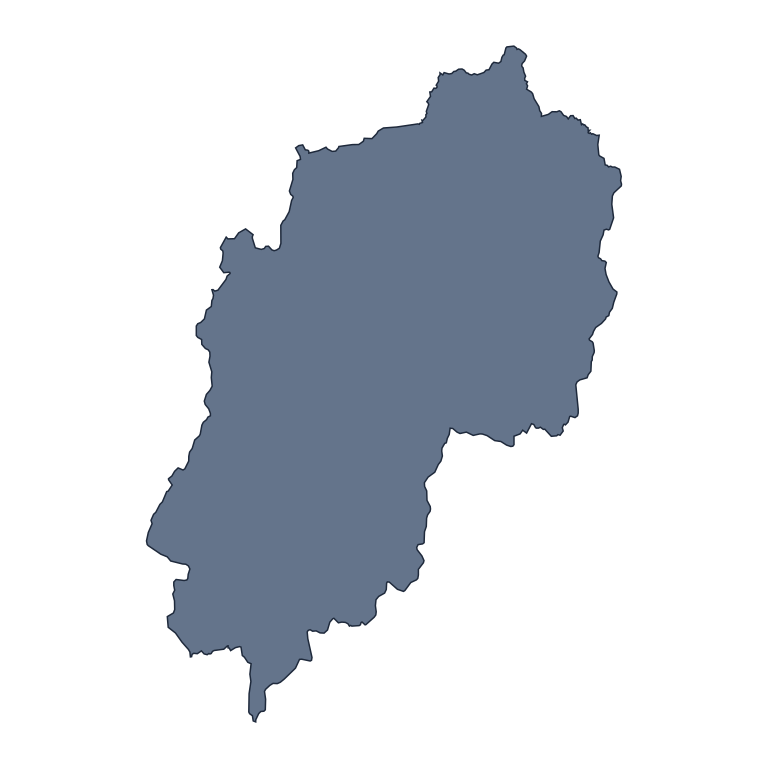 the district of Sa Thay, Kon Tum, Vietnam
{"feature_id": "81297802B78907971348627", "entity_name": "Sa Thay", "entity_type": "district", "adm_level": 2, "iso_a3": "VNM", "parent_name": "Vietnam", "parent_adm1": "Kon Tum", "projection": "robinson", "projection_center": [107.651, 14.266], "detail": "fine", "context": "isolated", "style": "filled", "palette": "slate", "viewbox_px": 768, "rotation_deg": 0, "n_neighbors": 0, "source": "geoboundaries", "source_scale": "gbopen_adm2", "svg_char_len": 6070}
<svg xmlns="http://www.w3.org/2000/svg" viewBox="0 0 768 768"><path d="M588.2,374.7L590.9,371.2L591.3,361.6L592.2,360.1L592.3,356.6L594.1,352.6L594.3,350.7L593.1,343.1L592.3,341.8L589.5,340.1L589.1,338.9L592.5,334.5L593.5,331.4L595.7,327.5L601.5,323.4L605.6,318.9L606.1,317.1L608.8,315.6L609.5,312.2L612.3,308.4L613.8,302.2L616.8,294.0L616.9,292.0L613.0,289.0L609.0,282.0L606.1,274.5L605.0,268.4L606.3,262.5L604.9,261.1L601.8,260.6L600.6,258.8L598.5,257.7L597.9,256.2L599.1,252.6L600.3,241.1L603.1,234.9L604.0,230.1L606.4,229.2L608.6,229.9L609.7,229.3L613.6,217.8L611.8,204.3L612.4,196.0L613.9,192.8L621.3,185.9L621.5,184.1L620.6,180.7L621.2,176.4L619.5,169.3L614.8,167.0L612.4,167.1L610.7,166.2L608.5,166.9L607.3,165.4L605.2,164.9L604.0,158.4L599.7,156.0L598.8,154.8L597.8,144.5L599.2,135.2L596.6,135.5L592.8,133.7L591.7,134.2L590.2,132.7L589.3,133.4L588.3,132.9L588.1,132.1L589.7,130.3L588.2,130.4L588.0,127.7L586.5,127.0L584.7,124.8L583.7,124.9L582.7,123.9L581.5,124.7L580.3,119.7L578.1,120.1L576.1,118.1L574.8,118.5L573.1,115.6L570.6,115.7L568.2,118.9L566.5,116.5L563.6,115.4L561.0,111.7L559.3,110.8L556.8,111.8L552.1,111.7L548.3,114.4L541.4,116.4L541.5,113.4L539.7,110.6L538.9,106.6L534.1,98.7L532.7,93.8L531.4,92.1L526.6,89.2L527.6,85.8L526.4,83.8L527.5,81.8L524.8,80.4L524.7,78.1L525.6,76.2L523.9,72.2L523.1,67.9L521.9,66.5L521.7,65.3L522.2,63.5L524.6,60.9L526.6,56.1L525.5,54.2L519.9,49.6L518.4,48.9L517.0,49.4L516.6,48.1L513.9,46.1L506.9,46.9L505.9,48.0L504.2,54.7L503.2,55.1L501.9,57.3L500.9,61.5L498.6,63.2L493.8,62.3L492.0,64.0L489.0,69.7L486.1,70.1L483.9,72.5L477.3,74.8L474.2,73.7L471.7,75.0L469.2,74.3L467.9,73.1L466.3,72.9L464.2,70.2L462.1,69.0L458.6,69.2L455.7,71.2L453.8,71.5L451.8,73.5L449.0,74.0L444.1,72.6L442.8,74.9L440.0,72.9L440.1,74.6L438.2,77.5L438.6,81.2L436.2,85.2L437.1,86.1L436.9,87.5L435.7,88.4L434.0,88.1L431.7,91.8L429.8,92.0L430.5,96.4L426.8,101.7L428.1,103.0L428.7,104.6L426.3,111.4L426.9,113.5L425.9,114.6L425.9,117.0L422.8,120.5L421.9,120.2L422.5,122.5L419.7,123.4L419.3,124.3L417.9,123.9L396.8,127.0L383.4,128.0L378.2,131.1L376.7,133.7L372.0,138.6L364.2,138.3L363.4,141.2L358.8,144.5L352.4,144.6L338.9,146.5L338.4,147.9L335.7,151.1L332.1,151.4L327.5,149.0L326.0,147.2L318.7,150.7L308.8,153.1L308.8,151.1L307.8,150.2L305.3,149.8L302.7,144.9L298.8,145.6L295.6,147.9L300.1,156.4L300.5,159.4L297.1,160.7L296.7,167.6L294.4,169.7L292.7,173.3L292.9,179.4L289.4,191.0L290.7,194.4L292.8,196.1L293.2,197.4L291.6,200.5L289.2,211.6L284.8,219.7L283.1,221.0L280.8,225.3L280.9,243.4L279.4,248.2L276.4,250.1L274.1,250.7L271.9,249.9L268.5,246.2L265.7,246.4L264.3,248.5L261.3,249.4L255.3,247.8L252.4,238.4L252.3,236.8L253.1,234.7L245.6,228.9L238.7,232.8L234.5,238.7L227.9,238.9L226.2,237.1L220.4,247.6L220.7,249.1L222.8,250.9L223.1,253.2L222.4,260.7L219.7,267.2L223.8,272.7L229.0,272.2L229.9,272.5L230.1,273.5L227.1,276.1L226.0,279.4L217.9,290.2L214.8,291.1L213.0,289.6L211.9,289.7L213.5,295.2L213.0,298.5L211.9,300.5L211.3,306.5L206.4,310.1L204.4,318.9L200.7,322.5L197.8,323.7L196.3,326.0L196.3,335.5L197.8,337.4L201.6,339.5L201.8,344.4L205.4,348.5L208.2,349.8L209.8,352.1L210.0,356.1L208.9,362.2L211.8,371.8L211.3,377.6L212.2,386.2L209.9,390.4L206.4,394.4L204.3,401.1L205.2,404.5L208.7,408.8L210.4,413.4L210.4,415.8L207.9,417.1L206.6,419.6L203.3,422.3L201.9,425.1L200.2,434.3L199.2,436.0L194.7,440.0L192.2,448.5L189.6,452.1L188.8,456.3L188.7,461.1L184.8,468.9L183.0,470.0L178.1,467.9L174.6,471.3L171.9,476.0L168.5,478.7L168.6,479.8L172.2,485.0L168.2,491.1L166.7,491.6L162.4,501.9L159.9,504.4L155.8,512.3L153.6,514.3L151.0,520.3L152.1,523.7L148.3,532.5L146.5,540.9L147.2,544.5L148.3,545.7L160.8,554.2L167.2,556.8L170.7,561.0L182.7,564.0L185.8,564.2L188.4,565.9L189.9,569.0L188.2,574.3L187.8,578.5L186.8,580.0L184.1,580.5L176.1,579.5L173.8,582.0L173.8,585.6L174.7,590.2L172.8,594.0L174.5,600.8L174.7,609.6L173.4,613.0L167.3,616.6L168.2,627.3L175.5,633.0L182.1,642.3L188.4,649.4L189.9,652.0L190.4,656.9L191.6,656.7L192.1,654.3L193.8,653.3L197.3,653.7L201.4,650.9L204.1,653.9L207.2,654.7L208.9,653.5L209.9,654.0L211.2,653.5L212.5,651.4L214.1,650.5L223.8,649.2L227.4,645.9L228.2,645.9L228.0,647.8L229.3,648.2L230.6,650.6L235.5,647.6L239.6,646.6L241.0,647.1L242.3,655.5L244.4,657.2L247.8,662.3L251.1,663.7L249.9,674.2L250.9,681.4L249.1,693.7L248.8,712.0L249.6,713.7L252.4,715.7L253.2,720.9L255.7,721.9L255.8,719.7L258.7,713.6L260.8,711.5L263.9,711.2L265.3,709.8L265.6,699.2L264.5,691.4L265.6,689.3L269.8,685.4L273.0,683.4L277.3,683.6L280.4,682.2L284.3,679.0L295.5,668.1L299.5,659.4L301.7,659.2L310.2,661.0L311.5,660.3L312.0,657.5L307.8,638.6L307.2,631.9L308.2,630.4L310.1,629.7L312.6,631.2L316.2,630.9L320.1,632.9L324.1,633.1L327.5,630.0L329.8,622.2L332.7,618.8L333.9,618.3L338.4,622.8L341.8,622.1L345.4,622.4L348.0,623.8L349.4,626.1L350.7,625.4L351.8,626.1L359.2,625.6L360.4,624.8L361.1,622.5L362.0,622.0L365.0,624.8L365.8,624.7L374.1,617.3L375.8,615.0L376.2,611.8L375.4,605.7L376.0,599.7L378.7,596.4L384.6,593.1L386.3,589.5L386.6,583.2L387.3,581.9L389.3,582.1L397.4,589.3L403.5,591.4L404.9,590.5L410.8,582.5L416.4,579.9L417.8,578.4L418.4,575.0L418.4,569.3L423.4,562.8L424.0,560.6L421.9,555.9L417.1,549.7L416.7,547.4L418.1,544.6L422.6,543.9L424.1,542.7L424.5,531.7L426.3,526.5L426.6,518.2L427.6,514.9L430.1,511.3L430.5,509.0L430.2,506.4L427.0,500.4L426.7,490.9L424.6,486.5L424.4,482.7L428.1,477.1L434.8,472.2L438.3,464.5L440.9,461.1L442.4,456.0L441.7,451.0L442.0,448.1L444.7,443.4L446.3,442.8L447.3,438.4L449.2,434.5L450.1,428.2L452.8,428.5L457.0,432.1L460.0,433.5L466.4,432.1L473.2,435.4L479.9,433.9L482.3,434.0L487.1,435.6L494.7,440.6L500.9,441.5L506.6,445.1L510.8,446.5L512.8,446.2L514.0,444.7L514.0,436.2L520.1,433.9L522.7,430.2L526.6,433.1L531.5,423.7L533.8,424.5L535.5,427.6L536.3,428.1L538.5,428.1L540.4,427.2L543.3,429.4L544.8,429.2L551.3,436.3L556.7,435.8L557.9,434.6L560.1,435.2L563.2,431.0L562.3,427.7L563.6,424.6L564.1,424.2L565.4,424.9L568.0,422.2L569.7,416.5L570.7,416.2L575.0,417.6L577.5,415.8L578.2,413.1L578.2,409.3L575.8,384.8L577.0,382.0L579.8,379.9L587.1,377.8L588.2,374.7Z" fill="#64748b" stroke="#1e293b" stroke-width="1.5"/></svg>